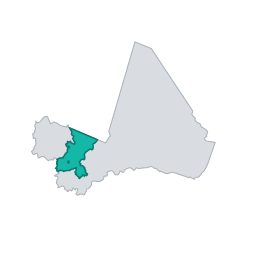 location of Koulikoro within Mali, rotated 23°
{"feature_id": "MLI-4860", "entity_name": "Koulikoro", "entity_type": "Region", "adm_level": 1, "iso_a3": "MLI", "parent_name": "Mali", "parent_adm1": "", "projection": "orthographic", "projection_center": [-7.926, 13.476], "detail": "fine", "context": "in_parent", "style": "filled", "palette": "teal", "viewbox_px": 256, "rotation_deg": 23, "n_neighbors": 0, "source": "natural_earth", "source_scale": "10m", "svg_char_len": 7606}
<svg xmlns="http://www.w3.org/2000/svg" viewBox="0 0 256 256"><g transform="rotate(23 128 128)"><path d="M49.7,184.8L49.8,184.0L49.1,183.4L49.0,183.1L49.5,180.7L49.4,180.1L49.7,178.8L49.3,178.3L49.2,177.9L48.1,176.3L47.7,174.9L47.2,174.0L45.8,173.8L45.4,174.5L45.0,174.6L44.6,174.1L44.4,173.6L44.4,173.2L42.7,171.1L42.8,169.9L43.5,169.3L43.8,168.4L43.1,167.3L43.2,166.2L43.2,164.7L42.2,163.4L41.5,162.8L41.0,161.8L41.5,159.8L40.5,157.9L42.4,158.7L43.3,158.0L44.2,157.1L44.9,156.0L45.3,154.5L45.4,153.2L46.2,151.2L47.1,150.2L49.0,148.9L49.5,149.0L52.5,152.0L54.2,153.6L54.8,154.4L55.4,154.4L56.3,152.9L57.2,151.7L57.6,151.4L60.6,151.2L62.2,151.5L63.6,151.9L65.7,152.0L71.0,151.1L71.0,150.5L71.0,149.8L71.2,149.3L71.6,148.8L72.0,148.7L72.2,150.4L72.6,150.6L73.8,150.7L113.1,150.6L114.6,141.9L111.7,138.7L100.7,46.0L118.5,45.8L121.6,47.9L180.9,87.0L181.2,88.3L181.3,90.1L181.7,90.6L182.6,91.2L186.0,92.8L186.3,93.1L186.4,93.8L186.9,94.7L187.6,95.2L188.4,95.5L189.5,95.8L192.5,95.9L193.1,96.3L194.5,97.9L195.2,98.2L199.3,98.9L200.6,99.2L202.1,99.9L202.9,100.5L203.0,103.1L203.7,104.7L203.7,105.1L203.1,105.8L203.0,106.3L202.3,107.6L202.5,108.1L204.0,109.1L204.7,109.3L205.5,109.3L213.9,107.2L215.5,130.9L215.2,131.3L215.2,135.5L214.7,138.0L213.7,139.9L213.2,142.7L212.8,143.2L212.6,144.8L212.0,145.8L210.9,146.2L209.0,148.0L208.9,149.4L204.2,148.9L203.9,148.9L203.7,149.1L203.6,149.9L191.6,150.8L185.7,151.4L182.1,154.7L179.7,155.1L176.6,155.0L175.1,155.0L174.5,155.2L174.4,155.8L169.5,154.3L167.7,154.9L167.4,154.7L167.2,154.4L166.3,154.2L164.9,154.3L163.9,154.6L160.9,157.2L159.3,157.9L156.3,159.5L154.1,160.9L153.4,161.1L152.2,161.2L151.2,161.5L150.4,164.4L149.8,164.7L146.0,163.6L145.3,163.8L144.7,164.2L142.6,165.9L141.6,167.3L141.1,169.2L141.2,170.4L140.9,170.7L140.0,170.8L138.2,170.5L137.7,170.7L137.5,171.6L137.5,173.5L137.2,174.9L136.2,175.3L135.4,175.8L134.8,176.0L134.3,175.9L131.2,173.9L130.2,173.6L129.1,173.9L128.0,174.7L126.1,176.9L126.4,177.6L126.9,178.4L127.3,179.5L127.3,180.5L124.6,181.8L125.2,182.8L125.2,185.5L123.9,186.8L123.5,187.6L122.3,188.5L121.2,189.0L117.9,189.8L116.5,190.6L115.9,191.3L115.8,192.1L115.9,192.9L116.6,194.7L116.4,196.3L115.9,198.2L115.3,199.1L113.8,200.1L114.0,201.3L114.2,203.1L114.0,205.4L113.5,206.9L113.1,206.8L111.6,206.9L110.0,207.4L109.4,207.7L109.3,208.3L107.9,209.5L107.0,209.5L106.1,209.1L105.7,208.8L105.7,208.6L106.2,207.6L106.2,207.3L105.7,205.5L105.8,205.1L105.5,203.7L105.4,203.7L103.6,204.3L103.5,204.5L103.8,205.4L103.6,205.5L103.0,205.5L102.1,205.2L101.1,204.5L100.9,204.7L100.8,205.3L100.7,206.1L101.0,207.4L100.7,207.9L99.2,207.8L97.9,208.0L97.6,208.4L97.5,209.0L97.8,209.5L97.7,209.8L97.2,210.2L96.9,210.1L96.2,209.5L93.4,208.9L93.2,208.0L92.8,208.0L91.9,206.9L91.5,206.9L91.2,207.1L90.1,207.0L89.2,208.0L88.5,209.1L87.7,209.7L86.5,210.0L86.7,209.2L86.4,208.2L83.9,206.9L83.5,206.4L82.9,203.5L82.9,202.6L83.1,201.8L83.0,201.2L82.8,200.8L82.0,200.3L81.3,200.1L80.3,200.7L79.8,200.8L79.4,200.8L79.2,200.6L79.2,200.3L80.3,198.7L80.8,198.0L81.8,197.3L82.1,196.9L82.1,196.6L82.0,196.4L81.3,196.1L80.2,195.4L79.7,195.3L79.2,194.9L78.7,193.8L78.5,193.6L78.0,193.5L77.5,193.2L77.5,190.4L76.5,188.3L75.6,185.7L75.1,185.1L74.3,184.5L73.3,184.2L72.3,184.1L71.3,184.4L71.3,184.6L71.9,185.5L72.0,185.9L71.9,186.4L71.7,186.7L70.3,187.0L68.4,187.9L67.8,189.0L67.4,189.2L66.7,189.0L61.7,187.1L59.7,187.9L58.3,189.5L58.0,190.1L57.3,190.5L57.0,190.5L56.6,190.2L55.2,187.7L54.6,187.1L53.8,187.1L53.2,187.5L52.5,188.3L51.6,189.1L51.0,189.3L50.5,189.1L48.5,187.4L48.4,187.1L49.4,185.1L49.7,184.8Z" fill="#d9dde1" stroke="#a8b0b8" stroke-width="1"/><path d="M75.9,187.5L75.8,187.3L75.7,187.2L75.6,186.9L75.6,186.6L75.7,186.4L75.9,186.2L76.0,185.9L76.0,185.7L75.8,185.4L75.7,185.2L75.3,185.0L75.5,184.8L75.1,184.6L75.6,183.7L76.0,183.4L76.4,183.0L76.8,182.3L77.2,182.1L77.7,182.0L78.2,181.9L78.6,181.6L78.9,181.2L79.0,181.1L80.0,180.6L79.8,180.3L79.7,180.2L79.6,179.7L80.2,178.7L80.3,178.4L80.3,178.1L80.2,177.5L80.2,177.4L80.2,177.2L80.3,177.1L80.4,176.3L80.4,176.0L80.5,175.9L80.7,175.7L80.8,175.4L80.8,175.2L81.0,174.5L81.1,174.4L81.3,174.2L81.6,174.0L81.6,173.7L81.5,173.3L81.4,173.1L81.1,172.8L81.0,172.5L80.9,172.4L80.7,172.2L80.5,170.9L80.5,170.6L80.9,170.2L81.0,170.0L81.2,169.7L81.3,169.6L81.4,169.4L81.5,169.3L81.5,169.1L81.6,168.7L81.4,168.2L81.2,168.0L80.9,167.9L80.6,167.9L80.3,167.9L80.3,168.0L80.2,168.3L80.1,168.7L80.0,168.8L80.0,169.1L79.8,169.1L78.8,169.0L78.6,168.8L78.3,168.3L78.2,168.4L78.0,168.2L77.9,168.0L77.7,168.0L77.3,167.7L77.2,167.4L77.3,167.4L77.4,167.1L77.5,167.0L77.6,166.9L77.6,166.7L77.6,166.3L77.6,166.2L77.9,166.1L78.1,166.1L78.3,165.8L78.3,165.6L78.2,165.3L77.7,164.1L78.7,164.1L79.0,164.0L79.4,163.8L79.8,163.3L80.1,162.8L80.3,162.8L80.5,162.9L80.8,163.1L81.1,163.7L81.4,164.0L81.7,164.0L82.2,163.9L82.9,163.8L83.5,164.0L84.0,163.9L84.7,163.8L85.0,163.6L85.0,163.4L84.7,162.5L84.8,162.3L84.8,161.9L84.7,161.8L83.9,161.6L83.2,160.9L82.6,160.4L81.5,159.6L81.2,159.2L81.3,158.6L81.3,157.6L81.2,156.9L81.0,156.6L80.3,156.5L79.2,156.4L78.5,155.9L78.0,154.6L77.9,153.8L77.8,153.5L77.3,153.0L75.8,152.1L75.5,151.8L75.0,151.4L74.4,150.9L74.2,150.7L75.5,150.7L76.7,150.7L77.4,150.7L78.2,150.7L79.1,150.7L80.0,150.7L81.4,150.7L82.9,150.7L84.6,150.7L86.3,150.7L88.0,150.7L89.8,150.7L91.6,150.7L93.5,150.7L95.3,150.7L97.1,150.7L98.9,150.7L100.6,150.7L102.3,150.7L104.0,150.7L104.4,150.7L104.3,152.0L103.6,154.3L103.2,154.9L102.2,156.2L102.1,156.8L102.7,157.9L103.2,158.6L103.6,160.0L103.9,160.6L103.8,161.3L103.6,161.7L103.3,162.1L103.0,162.3L101.7,162.0L101.3,162.1L101.1,162.6L100.3,163.7L99.9,164.4L98.3,167.3L98.2,169.4L98.3,170.1L99.0,170.8L99.6,171.5L99.7,172.6L99.8,172.9L100.2,173.2L100.3,173.4L100.0,174.2L99.7,174.4L98.7,174.4L98.1,174.6L97.6,175.1L97.4,175.7L97.0,176.4L97.0,176.8L96.9,177.5L96.5,177.9L96.4,178.3L96.5,178.4L97.1,179.1L97.7,179.2L98.3,179.2L98.5,179.5L98.5,180.1L98.4,180.8L98.6,181.0L98.9,181.1L99.3,180.8L100.6,180.6L101.3,180.5L101.8,180.7L102.6,181.0L102.8,181.8L103.0,182.0L103.5,181.8L103.9,181.7L104.1,182.2L104.3,182.9L104.8,183.1L105.3,183.3L105.7,183.9L105.7,184.4L105.8,184.8L105.8,185.1L106.2,185.0L106.8,185.4L107.0,185.9L107.4,186.1L108.4,186.0L108.7,186.2L108.8,187.1L108.4,188.1L108.0,188.1L107.2,188.3L106.9,188.3L106.6,188.5L106.6,189.0L106.5,189.4L106.0,188.9L105.4,188.7L104.9,188.7L104.4,189.2L104.4,189.7L104.5,190.6L103.9,191.2L103.7,191.7L103.5,192.4L103.3,192.8L103.1,193.4L102.8,193.4L102.3,193.2L102.4,192.5L102.2,192.3L101.2,192.3L99.8,191.7L99.0,191.5L98.7,191.1L98.4,191.0L97.9,191.1L97.9,190.0L97.7,189.8L97.1,189.9L96.8,189.8L96.4,189.4L96.4,188.8L96.8,188.0L96.8,187.6L96.3,186.3L96.2,185.1L96.0,184.7L95.4,185.0L95.0,185.7L94.5,186.0L94.2,186.2L94.0,186.7L93.8,187.0L93.4,187.2L92.4,187.8L92.1,187.9L91.8,188.5L91.4,189.5L91.0,189.8L90.3,190.1L89.2,190.6L87.9,191.3L87.1,191.9L86.8,192.0L86.1,192.8L85.7,193.1L84.7,192.8L84.2,192.8L82.8,193.4L82.1,193.4L81.7,193.5L81.1,194.9L80.7,195.5L80.5,195.4L80.5,195.2L80.2,195.4L79.9,195.4L79.3,195.2L79.2,195.0L79.0,194.8L79.0,194.6L78.9,194.4L78.7,193.6L78.5,193.4L78.4,193.5L78.2,193.6L77.8,193.5L77.6,193.4L77.4,193.3L77.2,193.3L77.8,190.5L77.8,190.4L77.7,190.3L77.6,190.2L77.6,189.8L77.6,189.6L77.5,189.4L77.3,189.2L77.1,189.2L76.9,189.2L76.6,189.2L76.4,189.0L76.4,188.8L76.4,188.6L76.6,188.2L76.6,187.9L76.5,187.7L76.4,187.5L76.2,187.4L76.0,187.5L75.9,187.5ZM86.7,183.5L87.0,183.4L87.2,183.2L87.2,182.9L87.2,182.5L87.1,182.2L86.9,182.0L86.7,181.8L86.4,181.7L86.1,181.8L85.9,181.9L85.7,182.1L85.7,182.4L85.7,182.9L85.8,183.1L86.0,183.2L86.1,183.4L86.3,183.4L86.7,183.5Z" fill="#14b8a6" stroke="#0f766e" stroke-width="1.5"/></g></svg>